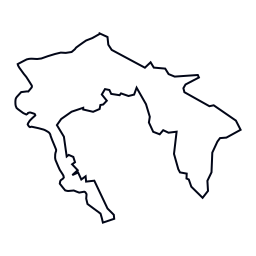 outline of Debar, Debar, North Macedonia
{"feature_id": "65306769B94389460478239", "entity_name": "Debar", "entity_type": "district", "adm_level": 2, "iso_a3": "MKD", "parent_name": "North Macedonia", "parent_adm1": "Debar", "projection": "orthographic", "projection_center": [20.543, 41.495], "detail": "fine", "context": "isolated", "style": "outline", "palette": "ink", "viewbox_px": 256, "rotation_deg": 0, "n_neighbors": 0, "source": "geoboundaries", "source_scale": "gbopen_adm2", "svg_char_len": 2142}
<svg xmlns="http://www.w3.org/2000/svg" viewBox="0 0 256 256"><path d="M240.6,129.8L235.9,120.6L213.7,105.3L209.4,106.2L184.4,92.2L183.4,88.2L185.5,84.5L198.9,77.5L197.8,75.0L174.7,76.6L168.6,74.1L165.2,68.6L153.8,67.6L150.6,62.3L144.9,67.7L111.7,49.9L108.3,44.7L107.5,37.0L99.6,33.4L99.5,34.0L93.0,37.7L92.0,38.2L86.1,40.5L82.6,42.9L79.5,45.1L76.1,47.6L74.8,49.3L71.6,52.0L65.7,52.9L60.8,52.6L55.0,54.0L47.8,56.2L41.3,58.5L37.2,59.0L31.3,58.7L29.9,58.8L28.9,58.9L26.7,59.4L23.0,61.3L17.7,64.1L18.0,65.3L18.4,66.1L19.4,67.8L23.8,73.9L26.2,76.8L28.6,80.5L31.8,85.6L31.9,86.8L31.6,87.5L28.3,91.5L27.0,91.4L21.2,92.1L16.8,96.9L15.9,98.3L15.6,99.4L15.4,101.1L15.4,102.9L15.5,104.6L15.8,106.1L16.6,108.0L18.1,109.3L23.3,113.1L26.3,114.5L27.5,113.8L28.0,113.0L29.5,112.5L30.4,112.5L34.1,113.7L34.8,114.1L35.3,115.3L34.9,115.8L32.4,118.0L29.8,120.6L28.0,123.4L27.7,124.5L28.9,126.4L30.0,127.1L31.6,126.7L38.5,128.2L43.7,129.6L45.3,130.3L47.9,131.8L48.9,132.5L49.5,133.2L49.8,133.6L50.3,134.6L50.6,135.9L52.1,139.9L54.6,145.9L56.1,149.6L56.1,150.9L55.8,151.9L55.5,152.7L55.4,153.3L55.2,154.4L55.1,157.9L55.5,160.0L58.3,166.6L59.8,169.9L62.4,173.9L63.4,175.6L63.8,177.5L63.0,178.6L60.8,180.2L60.2,181.2L59.8,183.7L63.2,188.0L65.2,190.4L67.3,190.9L68.2,191.0L73.8,190.5L76.5,191.6L79.2,192.6L84.2,191.7L85.3,192.2L86.5,194.1L86.5,195.0L86.2,198.6L87.5,204.0L100.5,213.6L100.8,214.5L101.6,217.3L101.9,218.4L102.9,222.6L114.2,218.8L113.8,214.8L107.5,208.5L94.3,180.7L86.1,181.6L85.6,176.3L81.3,179.5L78.1,172.5L72.3,175.1L77.7,170.2L72.1,164.3L75.0,162.2L73.3,156.9L68.7,154.9L66.7,156.5L63.9,136.7L56.9,125.1L61.2,119.0L71.6,111.7L83.2,107.8L83.2,109.5L93.1,111.8L99.6,109.0L100.4,105.0L103.2,104.5L106.8,100.7L101.8,94.5L105.0,89.1L109.4,90.0L111.2,93.9L119.6,95.2L121.0,93.4L128.5,96.0L134.1,94.6L136.6,87.7L146.0,104.2L149.8,116.8L148.9,122.5L153.2,131.8L159.7,134.3L163.2,130.2L168.5,132.7L176.6,131.7L174.0,153.9L178.3,169.2L180.0,172.4L186.7,173.6L186.5,178.5L188.8,179.5L191.3,186.7L202.6,197.8L208.0,190.9L207.4,180.8L211.5,172.3L212.3,152.6L217.4,141.6L220.0,138.1L226.4,137.6L240.6,129.8Z" fill="none" stroke="#020617" stroke-width="2"/></svg>